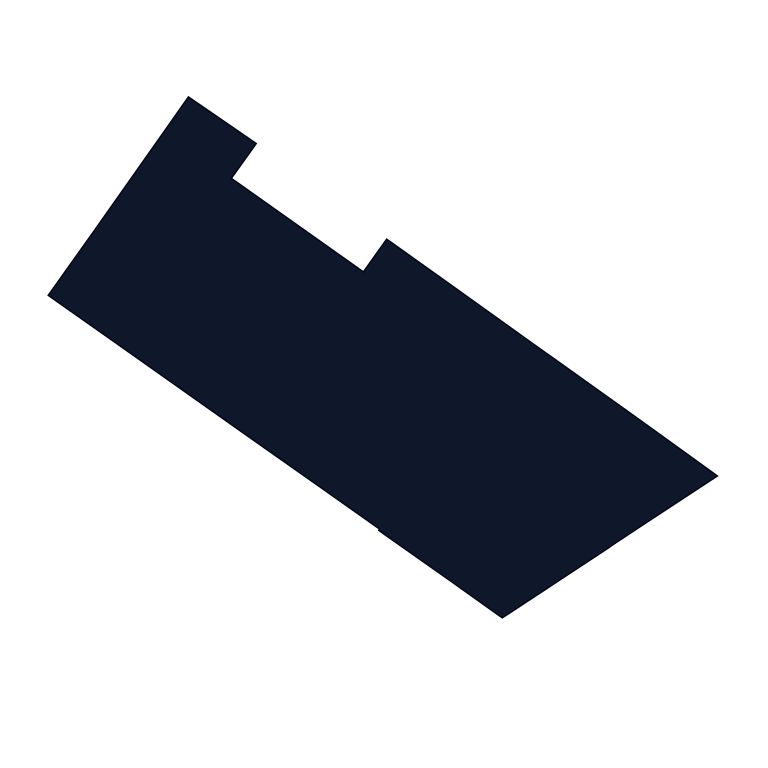 San Lorenzo, Chaco, Argentina, rotated 125°
{"feature_id": "61730980B68692027499582", "entity_name": "San Lorenzo", "entity_type": "district", "adm_level": 2, "iso_a3": "ARG", "parent_name": "Argentina", "parent_adm1": "Chaco", "projection": "orthographic", "projection_center": [-60.378, -27.376], "detail": "fine", "context": "isolated", "style": "filled", "palette": "ink", "viewbox_px": 768, "rotation_deg": 125, "n_neighbors": 0, "source": "geoboundaries", "source_scale": "gbopen_adm2", "svg_char_len": 706}
<svg xmlns="http://www.w3.org/2000/svg" viewBox="0 0 768 768"><g transform="rotate(125 384 384)"><path d="M506.9,304.4L507.0,296.8L507.2,217.5L507.7,159.6L507.7,153.0L502.2,150.8L496.9,148.6L489.5,145.7L467.0,136.8L459.6,133.8L452.6,131.1L390.0,106.3L384.4,104.3L377.5,101.6L354.7,92.6L347.3,89.7L276.0,61.3L272.0,59.7L268.1,58.1L266.9,140.9L266.8,149.0L266.6,168.2L266.1,221.7L266.0,229.1L265.7,264.1L265.7,270.9L265.5,294.9L265.4,301.9L264.5,383.5L263.8,464.9L304.0,465.2L303.3,586.8L303.1,627.0L263.0,626.6L260.3,626.6L261.0,708.9L285.4,708.9L424.7,709.3L504.0,709.9L504.2,629.6L504.8,488.4L504.9,466.6L505.1,374.6L505.4,304.4L506.9,304.4Z" fill="#0f172a" stroke="#020617" stroke-width="1.5"/></g></svg>